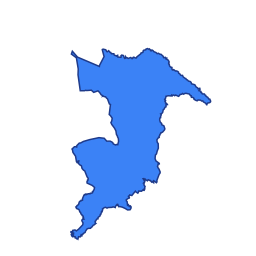 Zacualpan, México, Mexico (Robinson projection), rotated 342°
{"feature_id": "50627088B66940099023343", "entity_name": "Zacualpan", "entity_type": "district", "adm_level": 2, "iso_a3": "MEX", "parent_name": "Mexico", "parent_adm1": "México", "projection": "robinson", "projection_center": [-99.827, 18.714], "detail": "fine", "context": "isolated", "style": "filled", "palette": "blue", "viewbox_px": 256, "rotation_deg": 342, "n_neighbors": 0, "source": "geoboundaries", "source_scale": "gbopen_adm2", "svg_char_len": 5857}
<svg xmlns="http://www.w3.org/2000/svg" viewBox="0 0 256 256"><g transform="rotate(342 128 128)"><path d="M88.0,127.2L81.5,127.0L78.2,127.6L77.0,127.3L73.9,128.9L73.3,130.2L72.6,129.6L71.2,129.3L68.3,130.7L68.5,131.0L68.1,134.2L69.4,138.6L68.6,144.0L68.9,145.1L69.2,145.1L70.4,143.9L71.1,144.1L70.6,145.1L69.7,145.8L69.8,146.2L70.9,148.4L72.0,149.4L71.8,152.3L72.7,154.4L73.6,155.4L74.0,161.9L74.6,163.5L74.2,164.6L73.4,165.0L73.6,165.4L72.3,166.5L72.1,167.8L76.2,171.5L77.8,174.2L76.7,176.2L75.8,176.7L75.2,177.6L74.4,177.7L74.3,178.5L73.4,178.8L72.5,178.5L72.0,178.8L71.7,178.5L71.2,178.7L69.7,178.2L68.2,178.5L68.1,178.1L67.7,178.2L67.3,177.8L67.0,178.1L66.3,178.3L66.1,177.9L65.4,178.2L62.9,181.1L62.4,182.6L61.0,182.3L60.6,182.9L60.0,182.7L58.8,183.3L57.3,185.5L55.4,186.1L54.8,187.0L54.0,187.0L54.2,188.7L55.8,190.0L56.3,191.0L56.2,192.9L56.8,193.6L56.7,195.2L57.4,196.3L57.3,197.1L58.1,197.9L58.0,199.1L57.7,199.0L57.4,199.7L57.9,201.0L56.5,200.8L55.6,201.4L55.5,202.3L55.9,204.4L55.0,206.1L49.7,209.0L47.1,209.9L46.1,208.6L43.8,208.3L43.3,210.0L41.9,208.9L41.7,209.0L41.5,209.6L42.1,211.3L43.7,211.4L43.4,212.1L41.1,212.0L41.3,213.7L41.8,214.3L42.7,213.5L42.8,214.5L44.1,215.0L43.8,216.2L44.6,216.7L45.0,217.6L45.8,217.8L46.0,218.2L47.4,216.1L49.0,216.8L50.2,216.2L50.2,215.9L49.8,215.9L50.4,215.1L51.0,215.9L51.3,215.1L51.9,215.2L52.3,214.8L52.9,214.8L53.2,214.4L54.9,214.1L55.8,212.9L58.0,211.3L59.2,211.2L61.4,211.8L61.8,211.4L63.1,211.0L64.9,209.7L65.8,209.7L67.5,209.0L67.5,208.7L67.9,208.7L67.6,208.2L67.9,206.6L68.3,206.6L69.7,205.3L70.6,204.9L71.4,205.1L71.9,203.8L74.2,203.0L74.9,201.7L75.4,201.8L75.9,200.9L76.9,200.1L76.8,199.5L77.2,199.1L77.7,199.3L78.8,197.7L78.7,197.1L80.8,196.4L82.2,196.5L83.3,197.7L84.5,197.5L88.2,198.5L89.5,198.4L91.3,199.7L91.7,198.9L93.1,197.8L93.6,198.1L94.0,197.3L94.6,197.4L94.9,200.0L95.9,200.2L98.1,201.5L100.5,203.7L102.3,205.8L104.7,206.4L105.9,205.4L106.5,204.2L106.5,203.7L105.4,203.3L105.9,202.7L104.5,202.2L104.7,201.1L103.7,201.3L104.4,197.7L103.9,196.8L104.2,195.7L106.4,195.0L107.6,195.0L107.8,194.6L107.1,192.4L107.5,193.1L108.4,192.9L108.9,192.2L110.8,193.4L115.4,190.4L115.5,190.9L117.2,193.0L117.9,192.5L118.7,191.3L121.4,192.3L123.5,191.3L123.6,192.1L124.1,192.3L124.8,191.5L124.5,191.2L125.4,190.5L125.5,189.8L126.2,188.8L125.7,187.7L125.7,186.8L126.2,185.6L125.9,185.3L126.5,185.2L126.8,184.9L126.6,184.6L127.5,184.0L126.7,180.9L127.5,181.0L127.9,181.7L128.7,182.0L128.7,182.4L128.3,182.4L128.3,182.8L129.4,183.3L130.1,184.2L130.8,183.6L131.6,183.6L132.1,184.5L132.8,184.6L134.1,187.4L133.8,185.8L135.4,187.9L135.8,186.2L136.1,186.0L138.1,188.8L138.9,188.2L139.3,186.7L143.2,181.8L144.5,180.8L145.0,179.8L144.8,176.8L144.2,174.8L144.2,173.5L144.5,173.4L145.6,171.5L146.4,171.9L146.7,171.8L146.8,171.3L144.4,167.9L144.3,165.4L145.7,162.2L147.1,161.4L148.6,159.0L150.6,156.6L151.9,152.2L151.4,150.6L151.8,148.2L153.4,146.9L154.8,146.6L154.9,145.6L155.8,145.0L156.2,144.1L157.4,143.4L157.6,142.8L159.6,142.6L162.1,141.1L162.8,140.2L162.8,137.0L161.1,135.3L161.4,134.1L160.5,132.3L160.6,130.1L161.3,128.4L162.2,128.3L162.6,127.1L163.7,125.7L163.4,124.7L164.6,124.6L165.7,124.0L167.2,121.5L168.2,121.2L169.5,119.8L170.7,119.6L171.3,117.7L172.7,117.9L172.6,117.3L171.4,115.8L171.8,115.3L171.4,114.0L172.3,113.3L171.7,112.4L171.7,112.0L172.7,111.6L173.9,109.6L174.4,109.8L174.9,109.6L176.4,109.8L178.8,110.8L179.6,110.2L179.9,111.1L180.7,110.6L181.7,110.8L182.4,111.7L183.5,111.4L185.8,113.5L186.7,113.2L188.0,112.2L189.6,112.5L190.5,112.0L191.3,113.0L193.0,112.7L194.2,113.1L196.9,114.7L197.3,116.3L198.1,116.8L197.8,117.5L197.8,118.4L198.8,118.7L199.5,119.4L199.9,120.2L199.6,120.7L199.8,121.3L201.4,123.0L202.3,123.5L203.2,123.0L205.5,123.9L206.5,125.2L207.5,125.3L207.8,126.5L209.6,128.5L209.9,130.1L210.2,130.2L210.6,129.5L211.5,128.9L213.5,129.1L214.3,128.8L214.7,128.5L214.9,127.6L214.7,125.8L213.8,125.4L213.3,123.4L212.5,122.6L211.9,121.6L212.0,121.0L211.4,120.5L211.2,119.3L209.2,118.5L208.9,117.0L208.3,116.7L208.6,116.0L208.5,115.5L207.0,114.4L208.5,113.4L208.5,112.4L206.8,112.5L206.6,111.3L205.5,110.1L204.9,107.5L202.1,105.6L202.1,104.0L201.3,102.8L200.0,102.1L199.4,100.7L198.5,100.0L198.3,98.8L197.6,98.4L196.3,96.5L196.1,94.8L195.0,94.5L194.3,93.9L194.1,92.7L193.1,91.6L193.3,90.4L192.8,89.6L191.9,88.8L190.7,88.4L189.5,86.6L188.7,86.8L188.1,86.3L188.1,85.0L188.5,84.2L188.4,83.8L187.3,83.3L186.7,81.8L186.9,80.4L186.5,79.6L186.6,79.2L187.2,78.8L187.0,78.3L187.6,77.4L187.0,75.5L186.1,74.7L186.4,73.6L185.4,73.7L185.6,72.9L185.2,72.2L184.3,72.4L183.6,72.1L183.6,70.6L182.1,68.0L181.2,67.8L180.0,66.3L178.7,66.3L178.0,64.9L176.1,63.3L175.9,62.5L175.2,61.5L174.8,61.2L174.0,61.8L173.4,61.5L173.4,60.5L172.8,59.4L172.2,59.7L171.2,58.5L170.7,58.5L169.5,58.5L169.1,59.1L166.9,58.9L166.1,59.5L166.0,60.1L165.4,60.7L163.5,60.7L163.0,61.4L158.4,63.1L157.7,63.9L156.7,63.7L155.4,62.4L154.5,62.5L154.1,63.2L153.3,63.3L152.4,61.8L149.6,61.9L148.9,60.9L148.2,60.8L147.8,59.6L147.4,60.7L146.5,60.9L146.2,60.3L146.1,57.7L144.6,56.7L143.7,57.0L143.4,58.3L143.1,58.6L140.3,57.4L140.6,55.7L139.2,56.0L139.0,55.5L137.9,54.9L137.4,54.2L137.5,53.0L135.2,52.2L134.9,50.8L134.3,50.6L133.5,48.5L131.9,49.1L131.4,48.7L131.0,46.7L128.7,45.3L127.8,45.4L127.7,45.7L127.3,52.7L120.2,59.7L119.8,60.6L101.9,45.0L98.8,37.8L97.0,40.2L100.6,45.3L98.9,56.5L96.9,62.0L94.1,77.8L98.1,79.1L99.5,79.1L100.3,79.6L104.8,80.7L106.4,83.5L110.9,83.4L112.0,85.5L112.7,88.0L113.9,89.5L113.7,89.8L114.1,89.7L115.0,90.8L116.3,91.4L116.8,92.9L117.5,93.9L117.7,99.4L118.6,100.2L114.3,109.4L115.1,110.7L116.0,113.8L114.7,116.3L113.4,117.6L113.7,119.8L115.1,123.9L115.6,127.0L115.0,130.7L115.4,132.1L115.3,133.2L115.6,134.9L114.9,137.8L113.1,140.7L112.4,140.2L110.9,140.3L109.1,138.6L109.0,137.3L108.5,136.5L107.0,135.0L103.7,133.9L102.2,130.4L97.4,128.2L88.0,127.2Z" fill="#3b82f6" stroke="#1e3a8a" stroke-width="1.5"/></g></svg>